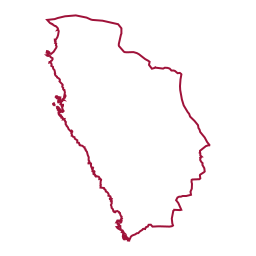 Nkasi, Rukwa, United Republic of Tanzania (Mercator projection)
{"feature_id": "72390352B34861075189695", "entity_name": "Nkasi", "entity_type": "district", "adm_level": 2, "iso_a3": "TZA", "parent_name": "United Republic of Tanzania", "parent_adm1": "Rukwa", "projection": "mercator", "projection_center": [30.833, -7.587], "detail": "fine", "context": "isolated", "style": "outline", "palette": "rose", "viewbox_px": 256, "rotation_deg": 0, "n_neighbors": 0, "source": "geoboundaries", "source_scale": "gbopen_adm2", "svg_char_len": 5705}
<svg xmlns="http://www.w3.org/2000/svg" viewBox="0 0 256 256"><path d="M118.1,24.2L102.5,20.7L92.3,19.9L90.8,19.5L86.6,17.6L75.8,15.4L65.0,16.3L57.8,18.0L54.7,19.1L47.2,19.9L49.9,22.9L50.8,23.5L51.4,23.5L52.1,24.2L52.5,24.1L53.3,25.0L55.0,26.0L55.6,26.0L56.9,27.2L57.9,28.4L57.8,29.5L57.5,29.9L57.9,29.8L58.4,30.2L58.7,31.3L58.1,34.9L57.4,37.1L55.8,39.7L54.8,39.6L54.9,41.1L55.6,41.5L55.7,41.9L55.1,43.0L56.2,43.7L55.9,45.4L56.6,46.3L56.3,47.6L53.6,51.8L51.1,53.9L49.8,53.6L49.4,52.3L48.0,51.3L47.0,51.1L46.6,52.7L46.9,52.8L47.1,52.5L47.8,53.2L48.0,54.2L47.6,54.5L48.0,55.3L46.7,55.3L47.3,55.8L48.1,55.9L48.2,55.5L49.3,55.7L50.3,56.2L50.6,57.2L52.5,58.2L52.6,59.2L51.9,60.5L51.0,61.0L50.5,62.0L49.5,62.0L49.4,62.5L49.7,62.4L50.9,62.9L51.3,63.4L51.6,64.4L51.3,65.9L52.9,66.8L53.2,68.7L54.5,70.2L55.0,72.6L54.8,73.2L55.2,73.7L55.0,74.6L55.7,75.7L57.0,76.7L57.1,77.4L58.8,78.4L59.8,79.5L59.9,80.2L59.5,81.4L62.6,84.6L62.7,85.3L62.2,86.1L62.4,87.0L63.2,87.8L63.1,89.0L63.7,89.9L64.4,90.0L64.9,92.5L64.4,95.2L64.7,95.0L65.2,95.2L65.5,95.7L65.5,96.2L65.4,96.4L65.3,95.8L64.7,96.2L64.1,97.9L62.8,99.2L63.5,99.8L63.0,99.7L63.0,100.2L62.1,101.0L62.7,100.8L60.8,102.2L61.0,103.2L60.4,104.3L60.9,104.7L63.0,104.8L63.0,105.7L62.5,106.0L62.1,105.7L61.8,106.2L62.5,106.8L62.1,107.7L62.8,109.8L63.6,111.0L62.9,111.8L62.3,112.0L60.7,111.3L60.3,112.3L58.5,112.5L58.6,113.5L59.0,113.5L59.0,114.4L59.4,114.5L60.1,115.4L60.7,115.2L60.8,115.6L60.0,115.8L60.6,116.5L61.3,116.3L61.5,117.6L62.2,117.3L62.3,117.8L63.0,118.5L62.9,119.1L63.4,118.8L63.5,119.1L64.6,119.0L64.4,120.2L65.1,120.8L65.2,121.5L65.9,122.1L65.5,123.0L65.8,123.7L65.7,124.4L66.7,125.6L66.7,126.1L67.9,127.3L68.5,129.0L70.7,131.3L71.6,130.6L72.2,131.2L72.3,131.8L71.3,133.2L71.9,134.2L71.7,135.7L72.3,135.8L73.0,136.7L74.5,137.2L74.8,138.7L77.3,140.3L77.2,142.5L78.9,142.8L79.2,144.0L79.7,144.4L79.7,145.2L82.4,145.8L84.0,147.2L84.6,147.3L84.7,148.6L85.7,149.4L85.7,150.4L86.9,151.7L87.8,155.2L88.7,157.2L88.6,160.1L89.4,161.3L89.4,162.2L88.6,162.5L88.5,163.4L89.1,163.5L90.2,163.0L91.0,163.5L91.1,164.1L90.9,165.4L91.2,166.7L91.6,167.5L92.9,167.5L93.1,167.8L92.7,168.7L92.1,169.0L92.3,169.5L92.7,169.7L92.4,171.3L93.2,171.9L93.9,171.2L94.3,171.2L94.5,171.5L94.4,172.1L93.8,172.6L93.4,173.9L93.6,174.1L94.3,173.7L95.5,175.4L95.2,175.8L96.0,176.6L96.7,176.2L98.8,176.8L99.4,177.8L99.3,179.0L100.3,178.8L101.1,179.6L101.0,180.5L100.7,180.8L100.5,184.2L100.9,184.9L100.4,185.7L100.7,186.3L100.5,187.6L104.0,188.0L104.4,188.6L104.3,189.1L105.7,190.2L105.8,191.5L106.7,191.8L107.9,192.9L108.7,194.4L108.4,195.7L110.3,196.3L110.8,197.7L110.5,198.4L110.1,198.3L109.8,198.7L109.9,199.1L111.6,199.1L111.1,200.2L111.6,200.4L111.8,201.0L111.2,201.6L111.7,201.9L111.7,203.5L110.9,205.0L111.5,206.4L111.6,207.8L112.9,209.3L113.4,211.3L114.2,212.0L114.6,211.7L114.7,212.1L115.3,212.2L115.6,211.6L117.2,211.0L119.0,212.0L119.1,212.7L119.9,212.9L120.4,215.0L121.1,216.3L121.6,216.6L121.4,217.8L121.9,218.4L120.9,219.3L120.9,219.7L121.5,219.8L121.7,220.3L120.8,222.1L121.1,222.2L120.8,222.6L120.4,222.6L119.8,221.8L120.0,220.9L119.7,220.5L117.4,220.5L116.6,222.0L118.3,221.5L118.5,222.3L118.2,221.9L117.8,222.1L117.4,223.7L117.8,224.1L118.5,223.9L119.0,224.2L118.5,225.6L118.7,226.2L119.3,226.4L119.7,225.5L120.4,226.1L120.0,226.8L120.6,228.3L119.8,229.1L121.7,230.7L122.2,230.7L122.1,230.3L122.5,230.4L122.9,231.0L122.3,231.1L122.6,231.6L122.2,232.1L123.2,232.2L124.6,233.5L123.9,233.5L123.1,234.0L123.5,234.6L123.0,235.1L122.8,236.4L123.3,238.5L124.0,239.3L124.5,239.3L124.4,238.2L126.1,238.9L125.9,238.0L126.6,238.0L126.3,237.4L125.6,236.7L124.7,237.2L124.2,236.9L125.0,235.9L125.8,235.6L127.3,238.1L128.0,238.2L128.6,239.2L128.4,239.5L127.6,238.9L128.1,240.0L128.0,240.5L128.8,240.6L129.0,240.6L128.9,239.9L129.4,240.0L129.6,239.5L130.9,236.6L132.3,235.5L135.4,234.3L136.7,233.3L138.3,233.1L139.9,231.4L142.4,229.8L142.8,229.1L143.7,228.8L145.0,229.0L145.0,228.5L146.1,227.5L146.2,227.0L147.8,226.6L148.6,224.8L150.8,224.7L152.5,226.6L158.8,226.3L169.5,226.6L171.9,226.2L173.0,225.5L172.3,223.4L171.8,218.6L173.3,210.8L174.3,210.1L174.3,209.8L180.0,210.1L181.3,209.8L178.3,203.0L176.1,200.2L177.5,197.5L179.1,196.7L180.8,196.7L182.7,196.0L186.2,196.0L191.0,194.8L190.5,191.7L191.8,188.7L192.0,183.8L191.5,181.8L191.7,179.8L192.4,179.5L199.4,179.2L200.3,178.4L199.9,175.3L200.1,174.7L204.0,172.2L204.7,171.5L204.3,168.2L202.4,164.9L202.6,163.6L202.4,162.8L201.7,162.5L200.3,160.2L200.2,158.9L200.5,158.2L200.3,157.8L200.8,157.6L200.8,156.9L201.7,156.7L200.3,155.4L200.3,153.2L199.7,152.8L200.0,152.0L200.0,150.8L205.9,146.1L208.4,145.3L209.3,145.3L209.4,144.9L207.1,142.0L204.7,137.5L200.2,132.0L199.5,129.5L198.5,128.1L198.0,125.2L194.6,121.0L190.1,116.6L189.1,113.8L187.7,112.1L183.7,105.4L181.9,99.5L180.2,90.0L180.0,86.1L180.5,79.4L181.4,74.3L181.2,74.0L179.8,72.9L177.6,73.2L175.0,71.0L173.7,70.5L171.4,70.5L169.7,68.6L167.6,67.9L164.9,67.7L163.1,68.6L155.9,67.7L155.3,67.3L154.7,67.9L151.9,68.7L149.0,64.9L149.6,61.8L148.3,60.8L145.2,59.1L138.9,54.2L136.9,53.1L133.5,52.1L126.7,52.3L124.6,52.1L123.9,51.7L119.0,46.1L118.8,45.5L118.8,44.0L121.0,34.4L121.4,33.7L121.4,28.3L118.1,24.2ZM56.7,96.2L55.9,96.4L55.7,97.0L56.2,97.3L56.7,97.1L56.7,98.2L57.3,98.5L58.3,98.3L58.9,98.8L59.0,99.5L58.2,100.6L58.1,101.2L58.2,102.3L58.8,102.4L59.1,102.1L59.0,101.4L59.3,101.0L60.5,100.5L60.4,98.7L59.9,97.9L60.2,97.4L59.4,97.2L58.2,97.6L57.9,96.9L56.8,96.8L56.7,96.2ZM57.3,106.8L56.9,107.0L57.2,107.6L57.1,108.4L58.1,109.1L57.8,109.9L58.7,110.6L60.7,110.2L58.4,107.2L57.9,107.3L57.3,106.8ZM54.6,104.9L53.9,103.3L53.1,103.8L53.2,104.5L54.1,105.2L54.6,104.9ZM118.3,228.6L117.9,227.3L117.3,226.9L116.7,227.0L117.6,228.2L118.3,228.6Z" fill="none" stroke="#9f1239" stroke-width="2"/></svg>